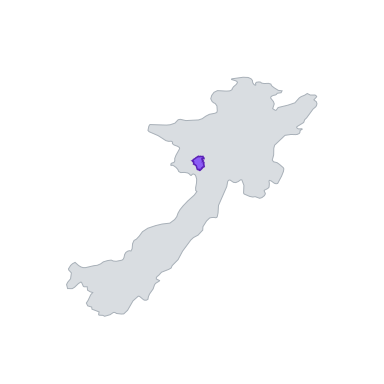 location of Longsane, Vientiane, Laos, rotated 73°
{"feature_id": "54806243B36605497856689", "entity_name": "Longsane", "entity_type": "district", "adm_level": 2, "iso_a3": "LAO", "parent_name": "Laos", "parent_adm1": "Vientiane", "projection": "equal_earth", "projection_center": [102.9, 18.631], "detail": "fine", "context": "in_parent", "style": "filled", "palette": "violet", "viewbox_px": 384, "rotation_deg": 73, "n_neighbors": 0, "source": "geoboundaries", "source_scale": "gbopen_adm2", "svg_char_len": 5946}
<svg xmlns="http://www.w3.org/2000/svg" viewBox="0 0 384 384"><g transform="rotate(73 192 192)"><path d="M146.7,48.8L148.1,52.0L154.6,60.7L155.8,63.1L158.2,64.9L160.2,72.6L161.0,73.1L162.1,72.5L162.9,71.5L163.6,68.5L164.1,68.2L164.8,70.6L166.6,71.4L167.4,72.4L167.7,74.3L167.4,76.2L165.9,80.6L165.0,86.5L171.4,99.3L174.1,101.0L180.5,103.1L184.9,105.9L186.9,105.2L188.8,102.1L191.1,100.3L195.4,97.6L196.7,97.4L199.0,98.5L203.0,101.7L208.9,107.6L208.7,109.2L207.7,110.7L204.5,113.1L203.5,114.6L204.1,115.2L206.7,115.6L209.9,116.9L210.8,118.5L211.4,122.0L211.9,122.7L214.8,122.3L215.7,122.8L216.7,123.9L217.8,126.8L217.8,129.1L214.9,133.0L214.6,135.3L213.1,138.1L209.2,142.7L208.1,143.0L200.8,140.4L195.0,140.8L194.5,141.8L195.5,144.6L195.8,147.4L194.9,149.5L191.6,152.2L191.5,153.4L192.2,154.7L197.0,157.2L212.6,170.6L219.6,173.2L222.7,174.9L223.6,175.8L223.5,177.0L222.7,178.5L222.1,181.1L222.0,182.7L222.8,184.3L224.0,186.6L228.4,191.7L231.6,192.9L235.0,198.8L236.0,203.9L237.6,207.2L245.8,218.3L252.6,225.1L256.6,232.5L258.6,234.2L259.2,236.9L259.8,244.6L262.1,248.5L262.6,250.1L263.7,251.3L264.8,251.5L267.2,248.9L267.6,249.3L268.7,253.4L269.7,254.9L273.3,257.5L277.1,262.4L279.2,264.2L281.8,265.6L282.1,267.2L281.7,268.8L280.9,269.8L276.5,272.7L275.9,273.9L278.9,280.3L286.3,288.2L288.6,292.9L288.1,295.1L286.1,299.7L284.6,301.0L284.2,302.4L285.4,306.2L285.3,311.9L283.9,313.3L282.6,316.9L281.7,317.1L279.5,315.9L274.8,321.9L272.7,321.6L270.4,325.0L267.3,325.5L265.2,323.0L260.7,318.9L259.1,316.3L257.7,318.5L255.3,320.6L252.0,319.9L251.1,322.9L250.4,323.5L246.4,324.0L245.6,324.5L246.3,327.3L248.7,332.0L249.4,334.7L248.0,339.2L243.8,339.0L241.9,337.2L239.5,333.5L234.1,331.0L230.5,332.7L229.4,332.6L226.7,329.5L225.7,327.4L225.1,324.4L229.2,321.9L231.3,320.0L232.6,318.0L233.2,315.9L233.8,307.2L234.4,304.1L234.0,300.3L232.9,297.3L232.9,292.8L233.5,289.2L235.0,287.4L236.1,284.8L236.7,279.0L236.2,277.5L234.7,276.1L232.1,274.7L230.5,273.0L229.8,270.9L229.8,269.1L230.6,267.6L228.7,265.8L224.0,263.9L221.4,261.6L220.8,258.9L218.8,255.4L215.5,251.0L213.7,244.8L213.5,236.6L213.9,229.9L215.3,222.3L213.3,216.7L211.2,213.8L208.2,211.6L205.3,208.5L202.6,204.5L199.3,198.6L195.6,190.7L193.0,187.2L191.7,188.0L189.0,187.3L184.8,185.1L181.2,183.8L178.1,183.7L176.1,184.2L175.2,185.4L175.1,186.5L175.9,187.7L175.5,188.6L173.9,189.3L172.5,190.6L171.1,193.4L170.1,197.2L168.5,198.7L166.2,199.0L163.8,200.1L161.5,201.9L160.4,203.3L160.6,204.2L160.1,204.4L158.9,203.9L158.4,202.7L158.5,200.7L157.3,199.4L154.9,198.7L152.2,196.6L147.0,191.2L145.8,191.0L144.1,192.4L141.8,195.4L140.0,196.6L138.5,196.0L137.4,197.0L136.6,199.8L135.2,202.0L128.2,207.9L121.8,215.4L120.2,216.1L116.4,214.0L115.2,212.5L120.5,197.0L121.3,193.3L121.2,188.3L118.9,184.2L118.9,183.0L119.2,181.7L121.9,177.0L125.0,164.7L124.9,160.8L123.5,156.6L122.8,152.6L123.4,147.2L123.2,145.1L121.8,144.1L117.0,143.0L114.2,143.9L112.9,145.3L111.3,146.3L108.3,146.8L105.4,144.9L103.1,141.8L102.5,138.0L105.5,129.8L106.3,126.6L106.2,125.2L105.7,123.6L105.0,123.4L103.5,121.5L102.0,118.1L100.6,116.5L99.3,116.8L98.1,118.1L96.0,121.3L95.4,120.9L97.2,109.6L98.9,104.8L100.9,102.5L103.0,101.6L105.1,102.0L107.0,101.5L108.4,100.4L108.3,99.7L106.6,99.5L105.9,98.2L106.3,95.8L107.0,94.3L108.2,93.6L109.4,91.2L110.5,87.0L111.9,85.0L113.5,84.9L116.2,83.1L120.1,79.7L121.6,76.3L123.1,77.8L122.5,81.7L123.3,82.6L123.6,83.9L123.4,86.1L123.7,88.0L124.3,88.9L125.2,89.3L129.3,87.7L131.8,87.6L135.9,90.5L138.3,88.4L138.4,87.6L136.4,84.9L137.0,75.0L136.8,67.5L133.4,62.0L132.7,59.7L132.4,56.1L131.5,53.0L133.9,50.5L135.2,46.0L136.9,44.8L137.4,45.0L139.5,48.5L142.1,46.7L144.1,46.7L145.8,47.7L146.7,48.8Z" fill="#d9dde1" stroke="#a8b0b8" stroke-width="1"/><path d="M159.7,175.3L159.8,175.6L159.9,175.8L159.8,176.0L159.9,176.3L159.9,176.5L160.1,176.8L160.2,177.2L160.4,178.0L160.5,178.3L160.5,178.5L160.7,178.8L160.8,179.0L161.0,179.5L161.1,180.0L161.2,180.4L161.3,180.9L161.3,181.1L161.4,181.3L161.6,181.4L161.7,181.5L161.9,181.8L162.0,181.8L162.1,182.0L162.1,182.3L162.3,182.4L162.3,182.5L162.4,182.4L162.5,182.4L162.8,182.4L162.9,182.2L163.0,182.2L163.1,181.9L163.3,181.8L163.3,181.7L163.5,181.6L163.8,181.8L164.0,181.8L164.3,181.8L164.4,182.0L164.5,182.0L164.8,182.0L164.9,181.9L165.0,181.9L165.2,182.0L165.3,182.0L165.5,182.0L165.7,181.9L165.8,181.9L165.9,182.0L166.0,182.0L166.0,181.9L166.1,181.7L166.1,181.8L166.2,181.7L166.3,181.7L166.5,181.5L166.5,181.4L166.6,181.2L166.8,181.1L167.0,180.9L167.3,180.9L167.4,180.7L167.5,180.7L168.0,180.3L168.3,180.3L168.6,180.2L168.8,180.3L169.0,180.3L169.3,180.3L169.5,180.3L169.8,180.3L170.0,180.3L170.4,180.3L170.7,180.3L171.0,180.3L171.5,180.3L171.9,180.3L172.1,180.2L172.2,179.7L172.2,179.4L172.3,178.9L172.4,178.7L172.5,178.5L172.8,178.6L173.0,178.7L173.2,178.8L173.7,178.2L173.6,177.9L172.8,176.3L172.7,176.3L172.4,176.3L172.2,175.8L171.9,175.7L171.9,175.3L171.9,175.2L172.0,175.1L171.9,175.0L172.0,175.0L171.6,174.4L171.3,172.9L171.1,172.9L170.9,172.9L170.7,172.9L170.4,172.9L170.2,172.8L169.9,172.6L169.7,172.8L169.4,172.8L169.1,172.8L168.9,172.8L168.9,172.7L168.7,172.6L168.5,172.8L168.4,172.8L168.4,172.7L168.1,172.5L168.0,172.4L167.9,172.3L167.8,172.2L167.7,172.1L167.4,172.1L167.2,172.0L166.9,172.1L166.8,172.3L166.7,172.3L166.4,172.5L166.2,172.6L165.9,172.7L165.9,172.8L165.8,172.7L165.8,172.8L165.7,172.8L165.7,172.7L165.4,172.7L165.2,172.6L164.9,172.5L164.9,172.4L164.7,172.4L164.5,172.5L164.4,172.7L164.3,172.8L164.2,172.9L163.9,172.9L163.7,172.9L163.5,172.7L163.5,172.8L163.4,172.8L163.4,172.7L163.3,172.8L163.2,172.8L163.0,172.7L163.0,172.4L163.1,172.2L163.1,171.8L163.0,171.7L163.1,171.3L163.2,171.0L163.3,170.8L163.4,170.7L163.1,170.6L162.4,170.9L161.7,171.1L161.4,171.2L161.2,171.2L161.2,171.3L161.1,171.5L161.1,171.8L161.1,172.0L160.9,172.3L160.8,172.8L160.5,173.2L160.4,173.3L160.4,173.6L160.4,173.8L160.4,174.1L160.3,174.3L160.3,174.7L160.3,174.9L159.8,175.1L159.7,175.3L159.7,175.3Z" fill="#8b5cf6" stroke="#5b21b6" stroke-width="1.5"/></g></svg>